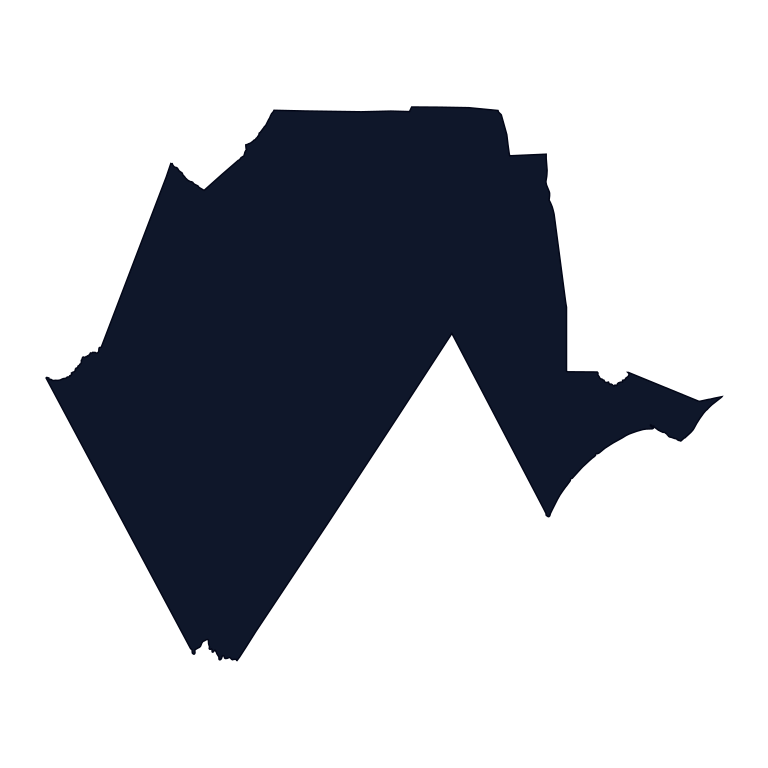 Garsen, Coast, Kenya (Equal Earth projection)
{"feature_id": "3690345B81879504162306", "entity_name": "Garsen", "entity_type": "district", "adm_level": 2, "iso_a3": "KEN", "parent_name": "Kenya", "parent_adm1": "Coast", "projection": "equal_earth", "projection_center": [39.873, -2.426], "detail": "fine", "context": "isolated", "style": "filled", "palette": "ink", "viewbox_px": 768, "rotation_deg": 0, "n_neighbors": 0, "source": "geoboundaries", "source_scale": "gbopen_adm2", "svg_char_len": 6008}
<svg xmlns="http://www.w3.org/2000/svg" viewBox="0 0 768 768"><path d="M170.8,163.6L166.3,176.9L101.3,347.1L101.1,347.4L99.8,347.4L99.5,347.6L99.2,347.8L98.9,348.9L98.8,350.7L98.7,351.5L98.3,352.1L97.2,353.2L96.3,353.2L95.7,352.6L94.8,352.4L93.8,352.5L92.9,352.3L92.3,352.6L91.7,353.1L91.4,353.1L90.7,353.4L90.4,353.1L90.1,353.8L89.1,354.8L89.0,355.3L88.6,356.0L88.2,356.0L87.6,355.8L87.3,356.0L87.1,356.6L86.8,356.8L86.5,356.8L86.1,356.6L85.8,356.9L85.3,357.1L85.0,357.5L83.3,357.0L83.0,357.1L82.7,357.3L82.2,358.4L82.1,359.3L81.9,359.7L81.5,360.0L81.3,360.4L81.3,360.9L81.4,361.6L81.1,363.3L80.4,364.1L79.8,364.3L79.6,364.9L79.0,365.6L78.7,365.7L78.1,366.0L77.8,366.9L77.8,367.3L77.7,367.6L77.3,367.7L76.8,368.1L76.2,368.1L76.0,368.5L75.5,368.9L75.4,369.2L75.3,369.7L75.5,370.1L75.5,370.6L74.8,371.0L74.6,371.4L74.3,371.6L73.4,372.2L72.6,372.3L71.4,373.1L71.8,373.9L71.7,374.4L71.1,374.9L70.5,375.8L70.2,375.6L69.8,375.7L69.4,376.4L69.0,376.8L67.8,377.2L67.6,377.0L67.3,377.0L66.2,378.0L65.6,378.3L63.3,378.6L61.6,379.3L60.3,380.0L58.0,380.4L55.3,380.3L53.8,380.5L52.4,380.4L52.0,380.1L51.7,379.7L50.5,379.3L49.7,379.7L49.4,379.7L49.2,379.4L49.0,378.5L48.9,378.0L48.6,377.9L47.8,377.8L46.9,377.4L46.6,377.5L46.1,378.0L190.7,648.8L191.6,649.2L191.9,649.6L192.1,650.4L192.3,652.8L192.5,653.3L192.7,653.5L193.6,654.1L194.2,654.1L194.4,654.0L194.7,653.6L194.9,653.2L195.0,652.3L194.8,650.8L194.9,650.3L195.2,649.7L195.9,649.2L198.0,648.0L199.1,647.5L200.1,646.7L200.4,646.4L200.9,645.3L201.8,643.0L202.6,641.9L203.0,641.4L204.6,640.7L205.9,639.9L206.7,639.6L207.6,639.5L208.0,639.6L208.2,639.8L208.4,640.1L208.6,643.8L209.4,646.5L209.5,646.9L209.2,648.4L209.4,648.9L209.7,649.2L210.1,649.3L211.7,649.0L211.9,649.3L212.0,649.6L212.1,651.3L212.2,651.7L212.4,652.1L213.1,652.0L213.4,651.8L214.1,650.8L214.6,650.3L215.2,650.3L215.4,650.6L216.3,652.1L216.9,653.8L218.8,656.8L218.9,657.3L219.0,659.2L219.3,659.6L219.6,659.8L220.0,659.8L220.3,659.7L220.8,659.4L221.3,658.7L221.6,658.2L222.3,656.0L222.7,655.7L223.1,655.7L223.8,656.0L224.0,656.2L224.5,657.7L224.7,658.1L225.3,658.5L227.0,658.4L229.0,657.6L229.8,657.5L230.4,657.9L231.5,659.2L232.3,659.7L232.7,659.7L234.0,659.3L234.8,659.3L236.0,659.4L236.5,659.5L236.8,660.0L236.6,661.0L237.1,660.4L239.6,657.0L246.2,646.8L255.9,631.4L328.2,522.7L397.5,417.0L451.9,333.4L543.7,508.8L546.0,513.4L546.1,514.6L546.3,515.4L548.1,516.6L548.7,516.7L549.0,516.6L549.7,515.9L549.9,515.4L550.3,513.9L550.6,513.1L552.1,510.0L557.4,499.5L560.0,494.9L563.0,490.5L565.9,486.5L566.4,486.0L570.0,481.1L570.3,480.4L570.6,478.8L571.0,478.6L572.3,478.2L580.9,468.7L582.6,466.9L588.5,461.4L592.1,458.2L594.3,456.6L595.1,455.8L595.5,455.3L595.8,454.1L596.3,453.5L596.7,453.4L597.3,453.7L597.7,453.6L599.2,452.9L604.6,448.4L609.8,445.0L613.5,442.7L622.2,437.9L625.9,435.6L628.9,434.1L631.5,433.1L636.9,431.2L642.9,429.5L646.3,429.0L652.4,428.8L653.0,428.5L653.3,428.2L653.1,427.8L650.7,426.0L650.4,425.6L650.4,425.0L650.7,424.7L653.1,426.4L653.4,426.3L653.7,426.1L653.8,426.7L654.0,427.0L655.6,428.0L658.6,430.3L659.4,430.5L660.0,431.0L662.9,432.3L664.8,432.4L665.8,433.4L666.4,433.6L666.6,433.8L667.3,434.8L667.9,435.3L668.7,436.4L669.7,437.0L671.3,437.3L674.7,438.5L676.4,438.8L677.0,439.3L677.4,439.8L677.8,440.0L678.2,440.1L678.9,440.5L679.7,440.5L680.3,440.9L680.6,441.0L681.0,440.9L682.9,439.2L683.8,438.2L684.8,437.9L686.0,436.8L690.7,432.5L691.7,431.4L693.0,429.9L694.0,428.3L696.6,423.5L699.7,418.6L703.5,413.3L705.7,410.7L707.4,409.3L708.2,408.3L709.9,406.6L711.8,404.8L721.6,397.1L721.9,396.7L714.4,398.2L710.2,399.2L708.6,399.4L699.8,401.3L699.3,401.3L698.6,401.2L628.3,372.4L627.8,372.4L628.8,373.4L628.9,373.8L629.0,374.1L628.8,375.3L628.0,376.6L626.7,377.5L626.2,378.1L625.9,378.1L625.6,378.3L625.6,378.8L624.8,379.9L623.0,380.2L622.6,380.3L622.7,381.8L622.4,382.0L622.2,381.9L621.3,382.1L620.4,382.2L618.4,382.9L617.5,383.8L617.3,384.3L616.9,385.3L616.6,385.6L616.3,385.6L616.0,385.3L615.6,385.3L615.2,385.1L614.7,385.2L614.4,385.9L614.0,386.0L613.3,385.7L612.4,384.8L611.2,384.1L610.5,384.1L610.3,384.4L609.6,384.3L609.3,383.9L608.9,383.1L608.5,382.1L607.2,382.4L606.3,382.5L605.1,382.3L604.3,381.0L603.9,380.2L603.6,380.2L602.8,379.8L602.1,379.2L601.8,379.0L601.5,379.1L600.7,378.9L600.5,378.6L599.9,378.2L599.3,377.0L598.0,375.0L597.8,374.6L598.0,373.4L598.0,373.0L597.2,372.0L567.6,371.8L566.5,371.2L566.5,307.2L566.1,305.0L565.6,301.8L554.2,215.0L553.9,213.3L553.0,209.7L552.2,206.9L550.5,202.8L549.1,200.1L549.6,195.9L549.6,194.4L549.6,193.3L549.4,192.2L549.0,191.1L546.5,185.0L546.1,183.1L545.9,182.0L546.0,180.8L546.7,176.6L546.9,174.5L547.1,170.3L546.2,158.4L546.2,154.2L509.7,155.8L509.2,153.5L508.0,144.8L506.8,134.7L505.6,130.3L501.3,114.9L500.8,114.3L498.6,112.2L498.0,110.5L468.9,107.7L440.1,107.2L411.7,107.0L409.5,111.6L390.9,111.1L361.2,111.8L305.2,111.0L274.0,110.3L273.6,111.2L273.0,112.1L271.6,113.7L270.4,116.1L270.0,117.2L269.5,118.3L268.8,119.3L265.9,125.1L265.2,126.0L264.4,126.7L263.6,128.0L262.3,129.6L261.7,130.6L261.2,131.1L260.6,132.0L260.3,132.4L259.3,133.0L259.0,134.0L258.8,135.2L258.7,135.7L258.4,135.9L258.1,136.0L257.8,136.3L257.3,137.4L256.2,138.3L255.3,139.6L254.7,139.9L254.1,140.1L252.9,141.3L250.5,143.1L248.5,143.8L246.9,144.7L246.3,144.6L245.9,144.7L245.8,145.7L246.1,148.6L246.2,148.9L246.5,149.0L246.7,149.4L246.4,149.8L245.9,150.3L245.1,151.8L244.7,152.9L244.5,154.0L244.3,154.4L244.1,155.3L243.9,155.9L243.3,156.4L242.8,156.5L242.2,157.0L241.2,157.5L240.3,158.7L239.7,159.6L238.9,160.1L238.2,160.4L221.9,174.5L204.1,190.4L199.0,187.4L197.9,185.9L194.6,184.3L194.1,183.9L193.4,183.4L193.1,183.0L193.0,182.6L192.7,182.3L191.5,181.7L190.7,181.8L190.2,181.5L188.4,180.6L187.4,179.9L186.9,179.5L186.5,178.9L186.1,178.7L185.7,178.3L184.4,176.5L183.0,175.1L182.3,173.4L182.1,173.0L181.7,172.6L180.8,172.1L179.1,170.8L178.7,170.3L178.2,169.4L177.4,168.2L176.6,167.6L176.2,167.5L174.9,167.2L174.1,166.7L173.4,165.9L172.7,164.9L172.2,163.6L171.9,163.6L171.1,163.8L170.8,163.6Z" fill="#0f172a" stroke="#020617" stroke-width="1.5"/></svg>